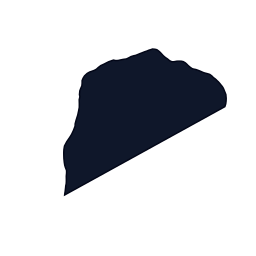 South Huvadhoo, Maldives, rotated 126°
{"feature_id": "70690204B13652617140021", "entity_name": "South Huvadhoo", "entity_type": "district", "adm_level": 2, "iso_a3": "MDV", "parent_name": "Maldives", "parent_adm1": "", "projection": "orthographic", "projection_center": [73.171, 0.377], "detail": "fine", "context": "isolated", "style": "filled", "palette": "ink", "viewbox_px": 256, "rotation_deg": 126, "n_neighbors": 0, "source": "geoboundaries", "source_scale": "gbopen_adm2", "svg_char_len": 1572}
<svg xmlns="http://www.w3.org/2000/svg" viewBox="0 0 256 256"><g transform="rotate(126 128 128)"><path d="M53.8,62.2L51.1,63.1L48.7,64.4L46.3,66.0L43.4,68.5L42.5,69.9L41.7,71.2L40.3,73.4L39.6,74.7L39.0,76.2L38.5,78.2L38.1,79.6L37.5,82.2L37.4,83.4L37.1,85.2L37.0,86.4L37.0,88.6L36.6,90.9L36.6,93.4L37.3,95.5L38.1,97.5L38.7,99.1L39.0,100.3L39.4,102.2L39.8,104.0L40.3,105.8L40.8,107.5L41.8,109.6L42.3,111.2L42.3,112.3L42.3,113.9L42.1,116.3L41.8,117.9L41.6,119.9L41.8,122.2L42.6,124.1L43.5,125.4L44.4,126.7L45.4,127.9L47.3,129.7L48.6,131.4L49.1,133.9L48.9,136.6L49.0,139.2L48.8,141.9L48.4,143.8L47.9,146.3L47.7,148.4L47.7,150.7L48.4,152.4L49.7,154.6L51.3,155.7L52.7,156.8L54.4,157.8L56.8,159.5L59.2,161.0L60.7,162.0L63.0,163.4L64.6,164.4L66.4,166.0L68.4,167.5L71.1,168.8L73.1,169.9L75.4,172.3L77.7,174.4L79.2,175.7L80.7,177.6L81.6,179.7L85.8,182.6L88.1,183.8L90.3,184.9L92.1,185.9L93.5,186.7L96.5,187.6L99.0,188.1L101.3,189.2L103.5,190.7L105.2,191.9L107.8,193.1L111.4,193.8L114.1,193.6L116.6,193.0L118.8,191.4L121.0,190.1L123.8,189.5L126.3,188.8L129.5,186.9L131.0,185.3L133.8,184.1L136.8,181.8L140.0,179.5L143.2,178.0L147.0,176.3L152.4,174.5L155.7,173.2L157.6,171.9L162.0,170.7L166.2,169.9L168.7,169.7L171.2,169.6L175.0,169.5L179.9,168.8L182.9,167.3L185.4,165.7L187.3,164.3L190.5,161.8L193.2,159.4L195.3,157.3L196.6,155.6L197.5,154.2L198.5,152.7L200.6,151.2L203.3,149.6L205.8,147.7L207.9,146.2L209.5,145.2L211.5,144.3L213.0,143.4L215.3,142.1L216.2,141.6L217.2,141.1L218.0,140.7L218.9,140.2L219.4,139.9L53.8,62.2Z" fill="#0f172a" stroke="#020617" stroke-width="1.5"/></g></svg>